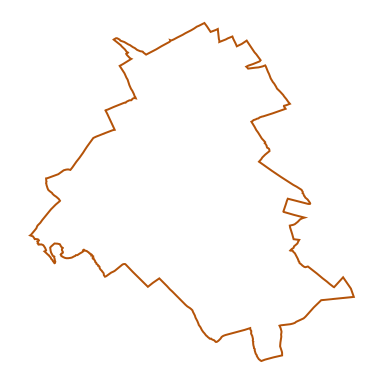 outline of Lunca, Botosani, Romania
{"feature_id": "2599482B33736794577199", "entity_name": "Lunca", "entity_type": "district", "adm_level": 2, "iso_a3": "ROU", "parent_name": "Romania", "parent_adm1": "Botosani", "projection": "robinson", "projection_center": [27.0, 47.617], "detail": "fine", "context": "isolated", "style": "outline", "palette": "amber", "viewbox_px": 384, "rotation_deg": 0, "n_neighbors": 0, "source": "geoboundaries", "source_scale": "gbopen_adm2", "svg_char_len": 5849}
<svg xmlns="http://www.w3.org/2000/svg" viewBox="0 0 384 384"><path d="M282.1,355.4L282.1,352.9L281.9,351.8L280.1,346.3L280.4,342.6L281.3,336.8L281.1,334.3L281.4,332.9L281.5,331.4L280.6,328.1L279.5,325.7L281.0,325.3L290.3,324.2L292.8,323.6L294.8,322.9L296.2,321.8L303.6,318.4L305.5,316.7L313.7,307.5L321.2,300.2L353.8,296.9L350.9,288.6L343.1,277.3L334.1,287.2L333.6,287.0L329.7,284.0L326.8,281.5L322.6,278.3L317.0,273.6L307.9,266.5L305.4,267.2L304.3,266.9L302.2,265.4L301.6,264.7L299.5,263.0L299.2,261.7L298.7,261.4L298.5,260.4L298.0,259.6L297.9,259.0L294.9,253.3L293.2,251.7L292.8,250.9L292.2,250.6L290.9,250.7L290.3,250.5L290.8,249.9L291.8,249.0L293.5,247.9L293.7,247.6L294.0,246.4L297.4,243.5L298.1,241.8L299.2,239.9L293.6,239.2L292.2,234.1L290.1,227.5L289.8,225.6L293.3,224.8L294.8,224.2L297.8,221.8L299.6,219.9L300.4,219.2L302.5,218.2L304.5,217.6L294.0,214.9L283.6,211.9L283.4,211.5L286.1,203.5L286.8,201.1L287.8,198.7L307.7,203.8L309.1,204.0L310.1,203.8L310.2,203.6L310.0,202.9L307.6,199.5L305.2,197.5L304.7,196.3L304.3,196.1L304.1,195.8L303.3,193.7L302.9,193.2L302.6,193.1L302.8,192.0L301.5,189.8L296.8,186.8L293.3,184.9L280.9,176.9L272.3,171.1L259.0,161.7L261.3,159.1L262.3,157.5L265.2,154.6L269.5,151.1L269.3,149.6L269.1,149.0L268.4,148.3L267.1,147.6L266.7,146.5L266.6,145.6L265.3,143.6L264.7,143.1L265.2,142.2L261.8,138.5L258.0,132.4L256.3,130.1L254.5,126.7L251.4,121.7L252.5,121.1L253.5,120.1L255.7,119.4L257.0,118.7L258.5,118.4L259.5,117.5L262.0,116.6L263.1,116.4L272.5,113.4L285.6,108.8L284.1,106.7L283.9,106.1L284.0,105.8L286.3,105.2L289.9,103.8L288.2,101.8L286.4,99.2L284.1,96.4L283.2,95.0L279.7,91.2L277.0,88.6L276.0,86.6L274.1,83.5L272.9,82.1L270.7,78.4L269.0,73.9L268.0,71.9L265.8,66.4L265.2,65.4L262.6,66.4L258.5,67.4L255.2,67.7L248.2,68.6L247.9,68.5L247.5,67.8L246.3,66.7L248.4,65.6L252.9,64.1L259.1,61.6L259.9,61.2L260.1,60.7L260.6,60.2L256.3,54.3L254.5,52.3L247.8,42.3L246.7,40.6L241.8,43.9L236.8,46.3L235.7,43.7L233.3,38.9L232.4,36.5L227.7,38.4L225.9,39.4L219.3,42.0L219.4,40.7L218.9,39.1L217.8,29.0L216.0,29.9L210.6,31.9L206.9,26.3L204.4,23.0L198.7,25.9L196.9,26.6L194.0,28.6L191.1,30.3L185.4,33.2L182.7,34.8L177.3,37.5L173.6,39.5L171.2,40.5L170.1,40.1L170.4,40.9L170.1,41.4L169.1,42.1L161.5,46.2L156.3,49.3L146.1,54.6L143.5,52.6L143.1,52.2L143.0,51.9L142.6,51.6L140.2,51.2L137.1,49.9L134.7,48.0L133.0,47.2L129.8,45.0L128.5,44.5L124.3,42.0L120.5,40.7L119.6,39.6L117.6,38.5L117.2,38.3L116.1,38.2L114.1,39.3L113.7,39.6L121.0,45.4L121.5,46.2L124.9,49.4L126.5,51.6L126.9,52.0L127.9,52.5L128.0,52.6L127.3,53.2L126.2,53.7L126.2,53.9L127.0,55.1L129.3,57.5L130.4,58.5L131.3,58.9L123.1,64.0L119.7,65.9L124.5,73.3L126.4,77.6L127.6,79.6L129.4,85.2L131.0,88.8L132.3,90.8L134.0,94.3L134.6,96.2L135.2,96.9L135.8,98.3L134.5,98.0L133.4,98.3L132.5,98.8L131.4,100.2L129.6,100.3L129.0,100.5L126.4,101.8L126.2,102.1L125.6,102.7L124.9,102.6L123.4,103.1L113.6,107.0L107.7,109.6L106.0,110.1L105.5,110.4L107.3,113.9L114.7,129.8L112.7,130.2L105.6,132.9L96.0,136.7L93.3,138.0L87.2,146.4L85.0,149.7L83.1,152.7L79.4,157.9L76.3,161.8L72.4,167.4L70.4,169.9L68.1,169.4L66.2,169.6L63.7,170.3L58.3,174.2L49.3,177.5L47.3,178.2L46.1,178.4L46.3,181.4L46.5,181.6L46.1,183.0L46.1,183.3L46.3,183.5L46.5,184.9L46.9,186.2L47.5,188.1L48.2,189.8L49.6,191.1L52.1,193.0L52.5,193.8L54.1,195.3L56.3,196.8L58.8,199.0L60.0,200.8L59.6,201.3L55.8,204.5L51.0,209.3L42.2,220.1L40.3,222.8L37.6,225.5L37.1,226.4L36.3,228.4L31.0,234.8L30.2,235.4L33.0,236.4L34.5,238.6L34.7,239.1L35.9,239.0L36.4,239.2L37.4,239.2L38.4,239.6L38.9,240.5L38.1,241.2L37.4,241.5L38.3,243.3L37.8,243.5L38.5,244.6L41.4,244.4L43.1,245.1L43.6,245.6L45.1,247.9L46.1,250.3L45.6,250.9L44.5,251.4L48.2,254.9L49.0,255.4L49.3,256.1L50.7,257.5L51.1,258.7L52.4,260.0L52.9,261.1L53.3,261.5L54.3,263.0L54.5,263.2L54.8,263.1L55.0,262.9L55.3,261.6L54.8,260.2L54.7,259.1L54.1,257.2L54.1,256.9L54.3,256.6L54.1,256.4L53.2,256.1L52.7,255.6L51.1,252.6L50.6,250.7L50.2,247.6L51.1,246.5L54.5,243.5L57.6,243.7L59.3,244.1L59.5,244.1L60.1,244.5L60.4,245.4L61.4,246.8L61.5,247.1L62.8,247.9L62.7,248.2L62.0,248.9L61.9,249.2L62.0,250.3L62.8,251.8L62.9,252.5L62.6,253.0L61.8,253.3L61.3,253.7L61.4,254.0L60.7,254.7L61.3,255.6L61.5,256.2L62.0,256.3L63.2,257.1L65.0,257.9L66.4,258.2L68.3,258.2L70.9,257.8L72.0,257.5L74.0,256.4L75.1,256.0L75.8,255.2L77.4,255.1L79.8,253.5L81.9,252.3L83.4,251.2L83.0,250.3L83.9,249.7L85.3,250.7L86.7,251.0L87.5,251.7L88.6,252.3L89.2,253.1L89.9,253.4L90.2,254.0L90.9,254.1L91.1,254.8L91.7,254.8L91.8,255.0L91.6,255.4L92.2,255.4L92.4,256.0L93.2,256.3L93.2,256.5L92.6,256.8L92.7,258.2L93.7,258.4L93.7,258.6L93.4,259.0L94.3,259.7L95.2,261.2L95.2,261.9L96.3,262.9L96.4,263.8L97.9,264.9L98.1,265.8L98.8,265.9L99.1,266.4L99.5,266.8L99.6,267.0L99.5,267.7L100.2,269.1L101.1,270.2L101.8,270.7L102.0,271.3L103.3,272.7L103.7,273.6L103.9,275.2L105.0,276.7L106.2,276.2L111.2,272.6L113.6,271.5L114.8,270.8L122.5,264.5L123.6,264.1L124.5,264.0L125.2,264.1L125.7,264.5L132.8,271.9L147.9,286.8L152.8,282.9L159.3,278.4L166.9,286.0L169.9,289.3L172.5,291.7L185.5,304.8L187.3,306.4L189.8,308.0L191.2,309.1L192.4,310.3L193.0,311.9L194.9,315.6L195.5,317.6L197.4,321.2L198.6,324.2L198.7,324.8L200.5,327.3L201.9,330.1L203.4,332.2L204.2,333.0L206.2,335.6L207.3,336.4L207.7,337.0L209.0,337.9L209.5,338.5L210.1,338.8L211.0,338.6L211.5,339.1L212.8,339.8L214.2,340.3L215.4,341.6L216.0,342.0L216.9,341.8L218.4,340.8L220.5,338.7L221.6,337.0L222.7,336.2L223.9,335.6L225.6,335.0L244.6,329.9L250.2,328.1L250.3,329.4L251.3,331.1L251.2,331.7L251.2,332.8L251.1,333.5L251.4,334.3L252.2,335.8L253.0,339.1L252.8,340.4L252.9,341.1L253.3,341.7L253.1,342.2L253.2,343.8L253.4,345.3L253.9,347.1L254.0,348.3L254.6,348.8L254.8,349.9L254.7,350.4L255.7,353.7L256.8,355.3L256.8,356.0L257.2,356.5L257.6,357.4L258.3,358.3L258.8,359.2L259.6,359.7L260.4,360.5L261.4,361.0L265.1,359.6L273.7,357.3L282.1,355.4Z" fill="none" stroke="#b45309" stroke-width="2"/></svg>